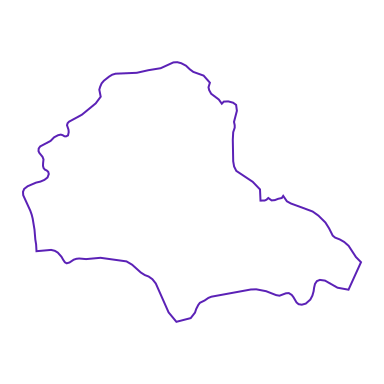 map outline of Brasov (Albers equal-area conic projection)
{"feature_id": "ROU-305", "entity_name": "Brasov", "entity_type": "County", "adm_level": 1, "iso_a3": "ROU", "parent_name": "Romania", "parent_adm1": "", "projection": "albers", "projection_center": [25.29, 45.778], "detail": "fine", "context": "isolated", "style": "outline", "palette": "violet", "viewbox_px": 384, "rotation_deg": 0, "n_neighbors": 0, "source": "natural_earth", "source_scale": "10m", "svg_char_len": 1944}
<svg xmlns="http://www.w3.org/2000/svg" viewBox="0 0 384 384"><path d="M204.6,300.5L199.9,302.8L198.3,304.9L196.2,309.0L195.0,312.6L190.7,318.1L176.4,321.8L168.6,312.4L155.8,283.5L152.4,279.2L148.6,276.5L144.9,275.1L140.8,272.5L132.1,264.7L126.5,261.4L100.5,257.8L86.1,259.1L79.2,258.5L76.4,258.8L73.7,259.7L69.5,262.5L66.7,263.3L64.9,262.3L63.2,259.8L61.5,256.8L57.8,252.6L54.8,250.8L51.1,249.9L36.5,251.2L36.1,244.4L35.3,239.4L34.5,229.7L32.7,218.7L31.7,214.7L30.3,210.7L23.2,195.2L23.0,191.8L24.2,188.9L27.7,186.2L36.1,182.6L40.4,181.6L44.4,179.9L47.5,177.5L48.8,174.0L48.2,171.8L46.6,170.4L45.0,169.7L43.6,168.1L43.0,165.9L43.1,163.0L43.5,159.4L42.5,156.8L39.4,153.0L38.5,151.1L38.7,148.5L40.2,146.4L50.6,140.9L54.1,137.3L58.1,135.2L60.8,134.6L62.7,135.2L64.5,136.3L66.0,136.4L68.0,135.4L68.7,132.2L68.5,129.7L67.0,125.2L67.6,123.2L69.0,121.7L81.9,114.7L95.7,103.4L100.7,96.7L99.3,89.7L100.1,86.9L101.6,83.4L103.9,80.7L109.1,76.6L112.2,74.7L115.6,73.7L136.8,72.8L148.4,70.2L160.7,68.2L173.4,62.4L177.3,62.2L181.2,63.2L186.0,65.7L189.8,69.3L193.3,71.9L203.6,75.6L209.9,82.7L208.5,87.3L209.2,90.2L211.2,93.8L218.8,99.5L221.8,103.7L223.8,101.6L228.3,101.4L233.1,102.7L236.1,104.9L236.9,110.8L234.0,121.9L234.7,125.2L234.7,127.7L233.2,132.2L232.8,139.6L233.2,161.3L234.1,166.5L236.3,170.9L252.7,181.8L260.0,189.4L260.5,200.6L264.7,200.5L266.5,199.7L268.3,198.0L271.6,200.4L274.9,200.1L278.2,198.8L281.8,198.0L283.2,195.9L286.9,201.3L290.9,203.5L312.6,211.5L318.4,215.6L325.4,222.5L329.1,228.4L332.7,235.6L335.1,237.6L339.7,239.4L344.1,241.9L348.6,245.8L355.9,257.0L361.0,262.2L348.5,289.7L337.5,287.7L325.0,280.6L319.9,279.9L316.9,281.1L315.0,283.9L314.1,287.7L313.6,291.3L312.4,295.6L310.3,299.6L305.8,303.6L301.8,304.7L298.6,304.2L296.5,302.4L293.4,297.1L291.7,294.9L288.8,293.1L285.9,293.3L279.5,295.7L276.1,295.1L266.1,291.2L256.2,289.3L250.8,289.5L211.4,296.7L208.4,297.9L204.6,300.5Z" fill="none" stroke="#5b21b6" stroke-width="2"/></svg>